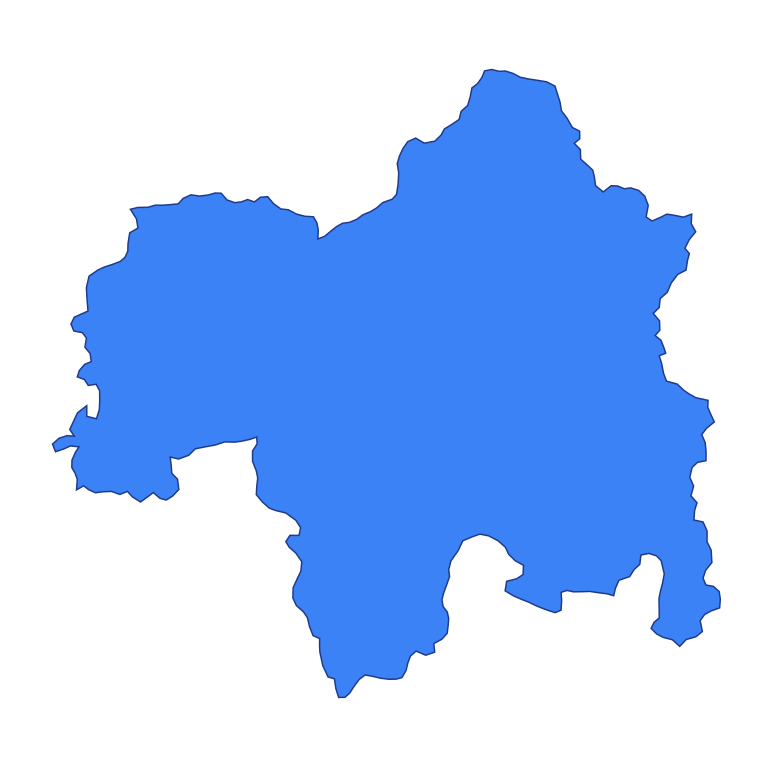 the district of Lavras, Minas Gerais, Brazil, rotated 179°
{"feature_id": "56859067B96133552143909", "entity_name": "Lavras", "entity_type": "district", "adm_level": 2, "iso_a3": "BRA", "parent_name": "Brazil", "parent_adm1": "Minas Gerais", "projection": "orthographic", "projection_center": [-45.035, -21.263], "detail": "fine", "context": "isolated", "style": "filled", "palette": "blue", "viewbox_px": 768, "rotation_deg": 179, "n_neighbors": 0, "source": "geoboundaries", "source_scale": "gbopen_adm2", "svg_char_len": 4422}
<svg xmlns="http://www.w3.org/2000/svg" viewBox="0 0 768 768"><g transform="rotate(179 384 384)"><path d="M249.4,692.2L257.1,694.8L263.3,694.6L270.9,696.6L278.0,695.3L280.6,689.0L285.2,682.7L290.9,678.5L292.8,669.5L295.5,661.0L302.1,655.3L304.3,647.2L312.6,641.8L319.2,637.9L322.6,631.9L328.9,625.9L339.5,624.1L348.0,629.3L356.0,625.9L360.9,619.1L364.6,611.6L366.9,604.1L365.6,594.8L366.5,582.8L368.2,573.3L372.6,568.6L382.1,565.4L388.4,560.1L394.6,556.5L402.0,553.6L408.6,549.0L415.5,546.3L422.7,545.4L428.4,542.4L435.0,537.4L440.7,532.7L447.6,530.2L447.0,539.1L448.3,546.3L451.6,552.4L460.2,553.1L468.5,555.4L476.7,559.9L484.0,560.8L491.3,566.2L497.0,573.3L504.2,572.9L510.4,568.3L517.1,570.8L523.4,568.6L530.0,567.9L537.8,570.8L543.5,577.6L549.6,577.9L556.1,576.1L565.0,575.1L573.7,576.5L581.5,573.1L586.6,567.7L595.5,567.0L602.4,566.6L609.4,566.8L617.0,564.8L627.2,564.8L634.5,563.1L628.6,553.4L627.3,544.2L635.6,539.6L637.5,528.7L637.8,521.5L640.5,515.5L645.5,511.2L653.4,508.3L661.4,505.9L668.0,503.0L677.0,497.0L679.9,485.4L679.4,473.2L678.7,462.1L692.5,456.2L695.9,449.4L693.2,442.4L684.7,440.6L680.7,435.2L682.4,426.0L677.3,419.6L676.3,411.5L682.9,408.9L688.3,402.9L690.5,396.5L683.3,393.6L679.7,387.7L671.8,388.8L668.5,382.3L668.5,372.7L669.1,363.2L672.1,354.3L681.7,356.8L681.6,367.5L690.9,360.6L695.6,351.0L699.0,344.0L694.6,337.2L701.7,337.9L709.8,335.5L716.5,329.7L713.6,322.0L705.2,324.7L698.6,327.6L690.1,326.5L693.7,321.1L697.3,313.4L697.6,305.9L694.4,300.2L692.3,293.9L693.3,283.5L686.1,287.5L681.1,283.5L674.5,280.3L667.3,281.1L658.6,281.4L650.0,278.2L642.4,281.1L637.4,275.4L629.5,270.3L622.1,275.4L616.6,279.5L610.0,273.6L603.7,271.8L597.4,275.6L591.0,282.1L592.1,292.4L597.7,298.3L598.2,306.2L599.0,314.7L590.7,312.6L580.4,316.2L573.8,322.5L563.9,324.3L553.6,326.0L544.3,328.9L534.1,328.5L527.5,329.3L518.9,331.0L512.2,333.2L511.9,326.4L516.6,319.3L516.8,309.1L513.2,299.4L511.9,292.3L513.0,283.8L513.6,275.6L507.6,268.1L500.6,261.7L493.8,259.2L484.5,256.8L474.5,249.3L469.9,241.8L471.6,234.1L480.7,234.3L484.9,228.0L481.5,222.3L475.2,216.6L469.3,207.8L470.3,198.5L474.2,190.7L478.4,181.9L478.8,171.5L475.5,164.0L468.6,157.7L464.6,151.6L462.7,142.7L459.3,133.6L452.8,130.7L453.0,124.0L452.8,117.1L450.1,103.4L445.0,92.0L438.7,90.1L437.4,80.1L434.8,71.4L428.5,71.4L423.6,75.7L419.2,82.3L413.9,89.1L408.0,93.4L400.4,91.9L392.1,89.8L384.1,88.7L377.1,88.7L371.2,90.1L366.9,97.3L365.0,104.8L362.3,111.5L356.6,116.4L347.0,112.1L338.0,115.0L338.7,123.6L330.5,127.9L325.2,133.6L324.1,141.3L323.4,148.5L324.8,155.1L328.8,160.4L329.8,167.2L328.2,173.5L325.1,181.4L321.8,190.3L322.5,197.4L320.2,205.9L312.9,215.9L307.9,225.9L299.0,229.5L290.8,232.2L282.1,230.4L272.6,225.2L265.6,218.8L262.3,211.6L255.9,205.0L247.7,200.3L248.3,191.0L254.9,186.9L264.8,184.6L266.5,175.1L258.0,169.8L250.0,166.2L243.0,163.3L236.7,160.1L230.5,157.4L224.2,154.9L216.8,152.4L210.9,154.8L210.2,164.2L210.5,172.6L204.6,174.4L198.2,172.9L190.4,172.9L181.7,173.0L172.8,171.5L164.8,170.4L158.0,168.3L156.3,175.4L152.6,183.6L141.7,187.2L137.1,194.2L131.4,199.2L130.1,208.5L122.1,210.0L114.5,207.4L109.9,202.4L108.6,196.1L107.1,189.3L108.8,180.6L111.1,172.4L112.8,164.9L112.8,152.5L112.9,145.3L118.1,141.0L121.2,135.0L115.7,129.3L109.4,125.8L100.2,123.3L92.9,116.5L86.3,123.3L76.6,125.8L70.0,131.0L72.0,141.8L67.5,147.9L60.9,151.4L52.3,154.3L51.5,163.0L52.5,170.6L58.2,175.9L65.6,177.4L68.4,184.3L65.6,192.2L59.3,199.7L59.8,212.2L63.8,220.7L63.5,231.3L67.4,240.5L76.5,242.6L75.6,252.3L73.1,259.8L79.1,266.8L76.2,276.5L79.9,285.4L77.4,295.2L71.9,300.2L63.4,301.7L63.2,311.5L63.9,319.8L67.2,327.9L62.2,334.2L54.4,340.3L57.6,347.5L60.7,355.0L60.3,362.0L72.6,364.9L79.1,368.7L84.6,372.7L90.8,378.8L101.5,381.9L104.3,389.7L106.0,399.4L108.3,407.4L101.8,409.9L103.7,416.0L106.4,423.0L112.1,427.7L107.3,433.0L107.4,442.3L113.6,449.8L107.5,455.7L106.4,464.6L99.2,470.7L95.1,479.9L88.5,488.4L80.0,492.7L78.4,502.2L76.4,509.0L80.7,514.4L76.3,523.0L69.7,530.8L74.0,538.9L73.4,548.5L81.6,545.6L90.3,547.5L98.2,548.9L104.4,545.9L113.1,542.3L119.0,546.4L116.7,558.0L120.0,567.3L126.0,573.1L134.0,575.8L140.3,575.0L146.9,577.9L153.4,578.3L161.4,572.2L169.0,578.6L170.1,587.8L171.6,594.2L176.7,599.2L183.4,605.3L183.6,615.1L189.6,621.3L184.0,625.8L184.0,633.4L191.2,637.2L196.3,646.5L201.8,654.0L203.1,662.8L205.6,671.3L207.8,678.8L216.1,683.3L224.4,684.8L234.3,686.5L242.6,688.4L249.4,692.2Z" fill="#3b82f6" stroke="#1e3a8a" stroke-width="1.5"/></g></svg>